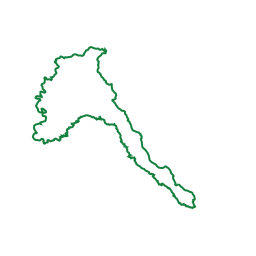 Piamonte, Cauca, Colombia, rotated 120°
{"feature_id": "7082276B2298083414171", "entity_name": "Piamonte", "entity_type": "district", "adm_level": 2, "iso_a3": "COL", "parent_name": "Colombia", "parent_adm1": "Cauca", "projection": "equal_earth", "projection_center": [-76.259, 1.273], "detail": "fine", "context": "isolated", "style": "outline", "palette": "green", "viewbox_px": 256, "rotation_deg": 120, "n_neighbors": 0, "source": "geoboundaries", "source_scale": "gbopen_adm2", "svg_char_len": 5978}
<svg xmlns="http://www.w3.org/2000/svg" viewBox="0 0 256 256"><g transform="rotate(120 128 128)"><path d="M156.1,34.6L153.8,36.7L152.9,38.8L152.0,40.0L151.9,41.1L152.4,42.3L152.3,43.2L152.7,45.9L153.3,47.2L153.3,48.3L152.4,51.4L152.2,53.7L151.6,54.7L151.6,55.3L152.0,56.4L153.6,57.5L153.6,58.3L153.2,59.0L152.1,59.2L151.5,60.4L150.4,61.7L149.4,63.5L148.6,63.9L148.0,64.6L147.0,64.4L146.4,64.9L145.7,67.8L143.5,70.3L142.6,73.0L142.4,76.1L142.6,76.6L144.6,77.4L145.6,78.3L146.9,81.4L146.6,83.6L145.7,85.7L145.8,90.4L145.5,91.8L145.0,93.2L141.8,95.9L139.9,98.4L138.2,102.1L137.7,105.1L137.1,106.2L133.5,108.9L130.9,111.4L130.2,111.1L128.5,111.9L128.3,112.0L128.0,113.5L127.0,113.9L126.9,115.7L126.5,116.3L127.1,118.3L127.6,122.8L125.9,125.2L124.3,126.5L123.5,127.5L122.8,129.1L121.9,129.7L121.7,131.9L120.2,132.2L119.2,134.1L117.7,135.9L117.1,137.8L115.5,138.7L115.2,140.1L116.2,142.1L115.7,143.6L115.7,146.3L114.6,148.5L114.2,149.8L113.0,151.6L112.0,155.3L111.4,155.4L109.9,153.9L108.8,153.4L108.0,154.2L105.5,154.6L104.5,155.5L104.2,156.1L103.9,157.7L102.8,160.7L100.1,162.9L98.2,163.9L98.2,164.3L99.6,165.4L100.0,166.1L100.1,168.6L99.4,170.2L98.8,170.3L98.2,171.0L98.3,172.9L97.1,174.4L97.0,176.4L95.4,178.3L95.0,179.6L94.4,180.5L94.7,181.8L94.0,182.8L92.9,183.4L90.9,183.5L89.6,184.1L88.3,185.6L87.4,185.5L86.2,186.3L85.4,186.4L85.1,186.7L84.4,188.6L83.8,189.0L81.2,188.9L78.5,187.7L76.5,187.8L75.3,186.4L74.8,185.1L74.4,184.9L72.1,185.4L71.5,187.0L73.0,186.2L73.0,187.8L72.3,189.7L74.2,191.0L74.4,192.2L74.0,192.9L74.1,193.4L75.6,195.9L76.3,200.1L76.6,200.8L78.5,201.8L80.1,201.6L81.9,203.1L82.8,202.9L85.3,203.3L86.7,202.8L88.5,203.7L88.7,204.0L88.7,205.0L90.1,207.4L90.3,210.0L90.7,210.9L92.1,212.1L93.8,212.4L94.7,212.9L96.9,215.6L97.4,216.0L98.1,217.8L99.5,218.2L99.3,219.2L99.5,221.8L100.4,222.2L101.6,222.2L103.9,224.6L104.8,224.7L105.2,224.0L105.8,223.8L106.3,223.9L107.0,224.6L107.7,224.1L107.8,222.3L108.8,220.9L109.0,219.5L109.5,218.6L110.5,218.6L112.7,220.1L113.7,220.1L114.7,219.5L116.0,217.6L116.7,217.4L118.8,218.2L120.4,218.1L121.4,218.5L122.6,220.0L123.2,218.9L123.9,218.3L124.8,218.4L125.3,220.9L126.4,222.2L126.4,223.1L125.6,223.9L125.5,224.6L125.8,225.2L126.3,225.4L126.9,225.2L127.6,224.2L130.1,223.0L131.5,223.3L133.0,224.5L134.1,224.4L134.9,222.9L136.8,221.3L137.5,218.2L138.4,217.5L139.0,217.9L139.4,218.8L139.8,221.3L140.5,221.9L142.7,220.7L143.7,218.5L144.4,218.2L144.8,220.4L145.5,222.1L146.6,223.3L147.6,223.4L148.2,223.0L148.2,222.2L147.9,220.8L147.1,219.6L147.0,218.7L147.5,218.0L148.0,217.7L149.1,218.6L151.3,218.9L154.7,218.7L155.3,218.2L156.6,215.5L158.0,214.5L158.5,213.1L158.4,212.1L158.2,211.3L157.5,210.5L156.3,210.4L154.8,212.4L154.1,212.1L153.8,210.8L154.4,207.8L155.1,206.9L155.5,206.9L156.0,207.2L157.5,209.4L158.0,209.4L159.7,208.3L160.0,207.8L159.9,207.2L159.2,205.6L159.6,204.4L162.5,203.1L163.4,203.1L167.0,206.7L167.5,206.7L168.1,205.6L168.4,206.9L171.1,209.6L173.0,210.4L175.1,209.3L176.0,208.4L177.9,204.6L178.5,204.9L179.3,206.2L181.0,206.5L183.3,205.9L184.5,203.7L184.5,201.8L183.8,200.7L183.1,198.4L182.5,197.9L180.7,197.4L180.3,196.9L180.2,195.8L180.5,195.2L181.4,194.5L182.2,194.6L182.5,193.8L183.3,193.2L183.2,192.3L181.7,191.7L180.6,190.4L179.1,191.5L178.5,191.3L178.2,190.3L178.3,188.6L178.1,188.1L177.0,187.4L175.6,186.0L175.0,186.4L173.3,185.3L173.4,181.3L172.1,180.7L171.7,181.4L171.2,181.1L170.0,181.5L169.8,182.3L168.9,181.6L168.9,180.7L168.6,180.4L168.2,181.5L167.8,181.7L167.8,180.3L166.6,180.1L166.8,178.7L166.5,178.3L165.9,178.4L165.8,177.1L165.1,176.5L164.3,177.1L164.4,178.9L163.9,179.4L163.6,179.3L163.2,178.1L162.4,178.1L161.6,178.5L160.8,179.7L159.5,180.0L158.0,178.8L157.0,179.3L156.5,178.3L156.0,178.1L155.8,177.4L155.0,176.6L152.7,176.4L152.5,177.2L152.8,178.6L152.4,178.9L151.6,177.4L151.0,177.3L150.7,176.8L149.9,176.5L149.3,175.7L148.5,176.1L148.4,174.9L148.1,174.5L147.7,174.7L147.0,174.3L146.9,174.8L147.0,175.5L145.7,174.9L144.6,175.7L143.8,175.4L143.4,174.7L142.0,174.6L141.8,174.3L141.7,173.6L140.8,173.2L139.2,171.6L138.8,171.5L137.4,169.8L136.5,166.3L136.6,164.2L135.8,163.5L136.0,161.1L135.7,160.3L136.3,159.8L136.3,159.5L135.5,159.6L135.6,159.0L134.9,158.2L134.6,157.1L134.1,157.1L132.9,158.2L132.3,157.8L134.0,155.3L133.2,154.6L132.9,153.5L133.0,152.5L135.0,150.6L135.3,148.7L135.2,147.5L134.5,146.9L134.5,145.6L133.1,144.1L132.5,142.4L131.4,141.7L131.6,141.4L132.1,141.5L132.3,140.4L132.2,139.4L133.0,138.3L134.1,138.1L134.6,137.2L134.4,136.6L135.6,135.3L136.2,135.1L136.7,133.1L137.1,132.8L137.3,131.8L138.2,130.6L140.1,130.0L140.3,129.3L142.2,127.1L143.0,127.6L143.5,127.1L143.6,125.4L144.3,124.4L144.5,123.6L143.8,123.0L144.8,122.2L145.7,121.8L145.0,120.9L145.4,119.9L145.2,119.2L145.8,119.4L146.6,118.8L146.9,117.9L148.4,117.2L148.9,116.2L149.1,114.7L150.2,113.6L150.2,112.5L150.7,113.0L152.6,113.4L152.5,112.5L151.9,112.3L152.3,112.0L152.3,111.1L152.7,110.3L151.4,109.8L151.3,108.7L150.5,107.9L151.1,106.5L151.6,106.8L152.5,105.8L153.1,105.9L153.4,104.9L154.0,104.2L154.1,103.5L155.0,102.9L155.4,100.3L155.2,98.6L156.0,96.1L155.4,93.4L156.0,91.9L155.7,87.8L156.7,86.9L156.8,85.7L155.9,84.9L156.0,83.9L155.4,83.2L155.7,82.5L155.6,81.8L155.9,81.8L156.2,82.6L157.0,81.8L157.5,82.2L158.2,80.7L158.1,79.7L159.4,76.3L159.1,75.6L160.1,75.1L160.5,74.0L161.4,72.9L160.9,72.2L160.8,70.2L160.4,70.1L159.9,70.5L159.7,70.2L159.4,70.7L158.9,70.3L159.5,67.1L159.4,65.3L160.0,63.9L159.9,63.1L159.5,62.8L159.9,62.3L159.6,62.0L159.6,61.4L160.9,58.7L161.4,58.4L162.4,55.2L162.7,54.8L163.2,55.1L164.1,54.8L164.1,54.1L163.6,53.5L164.8,51.6L164.9,50.1L166.7,47.4L167.4,46.7L167.5,46.0L166.9,45.5L167.0,44.9L167.7,44.1L167.5,42.7L166.9,42.4L166.8,41.8L166.0,41.7L165.9,41.2L166.2,40.7L166.0,39.8L166.1,39.0L166.3,38.8L166.7,38.9L166.8,38.6L166.1,37.2L165.7,37.0L165.9,35.8L165.6,35.0L165.7,34.5L165.4,34.3L165.4,33.5L164.7,32.6L164.8,32.1L164.3,32.1L163.8,31.4L162.6,30.6L161.8,32.4L160.9,33.2L159.7,35.0L158.7,34.7L157.8,35.6L156.8,34.6L156.1,34.6Z" fill="none" stroke="#15803d" stroke-width="2"/></g></svg>